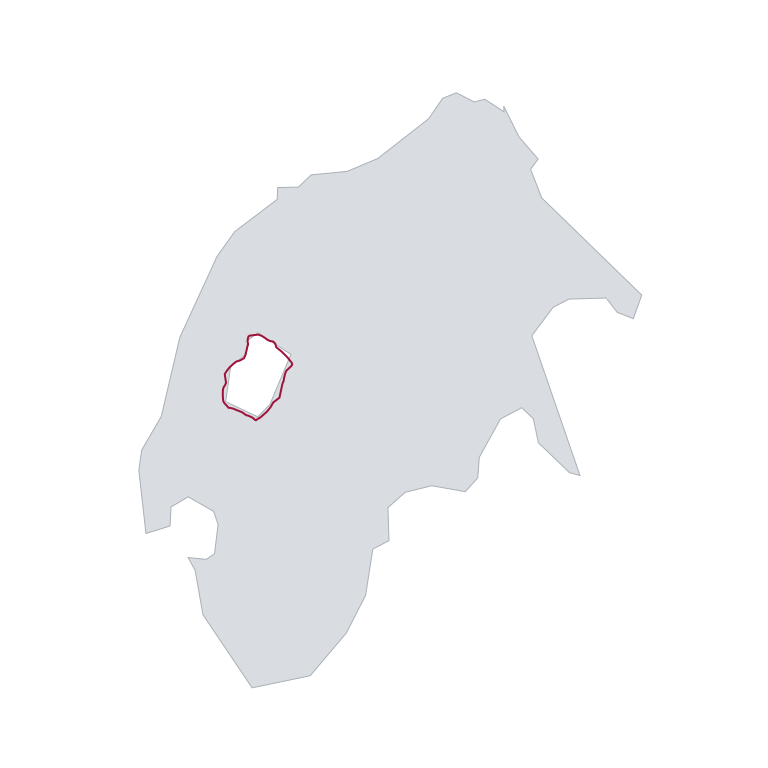 Lesotho and the surrounding countries, rotated 162°
{"feature_id": "LSO", "entity_name": "Lesotho", "entity_type": "country or territory", "adm_level": 0, "iso_a3": "LSO", "parent_name": "Africa", "parent_adm1": "", "projection": "natural_earth1", "projection_center": [28.2, -29.612], "detail": "fine", "context": "with_neighbors", "style": "outline", "palette": "rose", "viewbox_px": 768, "rotation_deg": 162, "n_neighbors": 1, "source": "natural_earth", "source_scale": "50m", "svg_char_len": 1981}
<svg xmlns="http://www.w3.org/2000/svg" viewBox="0 0 768 768"><g transform="rotate(162 384 384)"><path d="M111.4,388.9L126.7,369.1L140.0,380.0L146.1,397.1L181.9,407.6L199.5,404.7L228.5,384.2L225.9,236.4L235.0,242.4L255.3,280.4L252.7,304.8L260.3,318.9L284.0,314.8L316.0,284.9L323.9,265.7L340.0,256.5L370.1,272.5L397.2,274.5L418.5,265.2L427.6,233.6L445.7,230.4L466.8,188.7L496.8,158.8L544.3,129.4L603.3,135.8L627.5,220.5L621.2,265.1L623.9,279.5L607.2,272.1L597.6,275.0L585.2,301.7L585.4,315.5L605.1,337.2L624.5,332.9L631.4,315.1L656.6,315.4L643.8,377.8L635.0,395.9L605.9,421.9L563.7,491.5L503.5,556.8L479.0,575.0L428.5,592.6L424.4,603.7L404.6,597.7L388.6,605.4L353.3,597.6L320.2,600.4L259.5,622.5L239.9,637.6L225.2,638.6L211.1,624.4L200.1,623.6L185.7,605.8L184.3,611.3L179.2,577.1L167.9,550.3L178.2,543.0L176.5,512.3L111.4,388.9ZM540.0,416.1L514.2,391.7L498.8,399.9L463.4,440.9L488.1,471.7L499.9,467.7L505.9,454.9L524.2,448.6L540.0,416.1Z" fill="#d9dde1" stroke="#a8b0b8" stroke-width="1"/><path d="M520.6,449.9L517.6,450.9L517.2,451.0L515.3,450.8L512.8,451.0L510.8,451.5L509.2,451.7L506.7,454.6L502.1,462.2L500.9,463.8L500.6,466.8L499.5,469.2L498.2,471.1L496.9,471.5L493.1,470.8L488.2,469.8L485.4,467.5L482.9,464.5L481.5,462.3L480.1,461.1L479.6,460.4L477.7,459.4L476.9,458.9L476.2,458.5L475.4,457.0L475.0,455.7L475.1,452.2L473.7,450.1L471.3,446.4L469.8,443.5L467.7,439.4L466.4,436.0L465.1,432.4L465.3,430.8L466.5,429.8L470.2,428.0L473.1,426.6L475.1,424.0L477.4,420.2L478.5,417.9L479.5,416.9L480.7,415.3L482.8,411.7L485.1,407.7L487.6,403.4L490.7,402.2L495.0,400.7L499.1,397.0L504.0,393.8L511.9,390.4L515.6,389.6L517.0,389.1L517.8,389.7L518.8,391.7L520.1,393.3L523.2,396.1L524.6,396.8L527.8,401.1L531.2,403.9L535.2,407.3L537.8,408.9L539.2,409.4L540.4,412.4L541.5,414.5L542.1,416.6L542.0,418.6L540.7,423.5L538.9,428.5L537.4,430.6L535.7,431.9L533.9,433.9L533.2,437.9L532.4,442.6L530.2,444.5L528.4,445.8L526.0,447.4L520.6,449.9Z" fill="none" stroke="#9f1239" stroke-width="2"/></g></svg>